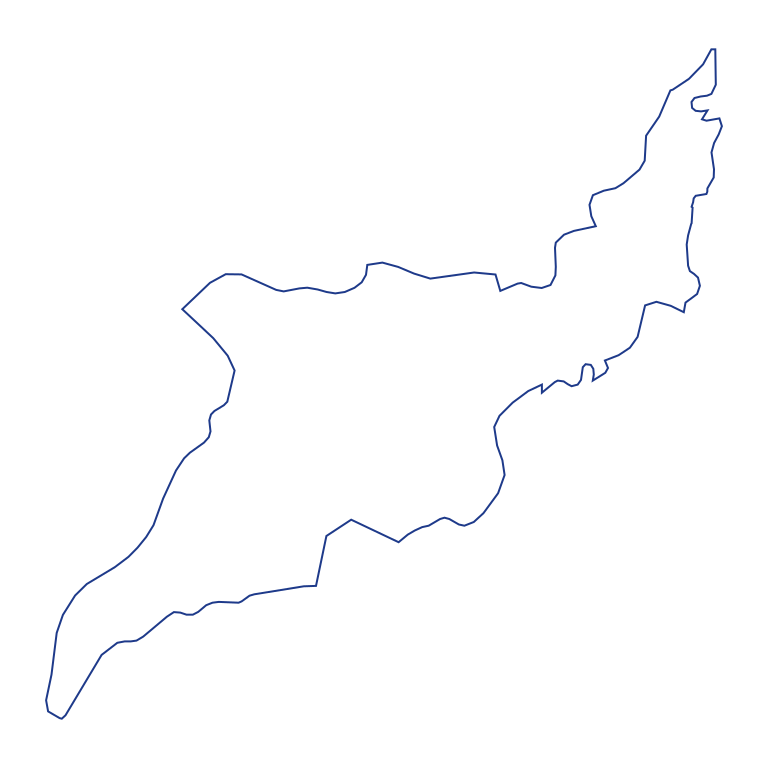 Iloilo, orthographic projection
{"feature_id": "PHL-2529", "entity_name": "Iloilo", "entity_type": "Province", "adm_level": 1, "iso_a3": "PHL", "parent_name": "Philippines", "parent_adm1": "", "projection": "orthographic", "projection_center": [122.71, 11.03], "detail": "fine", "context": "isolated", "style": "outline", "palette": "blue", "viewbox_px": 768, "rotation_deg": 0, "n_neighbors": 0, "source": "natural_earth", "source_scale": "10m", "svg_char_len": 2362}
<svg xmlns="http://www.w3.org/2000/svg" viewBox="0 0 768 768"><path d="M316.0,585.9L303.8,586.3L254.3,594.3L249.5,595.7L241.6,601.4L238.6,602.7L218.8,601.9L212.5,602.7L206.2,605.2L198.2,611.9L192.8,614.7L186.6,614.7L180.3,612.6L173.9,612.1L166.9,616.7L143.2,636.6L136.5,640.6L130.7,641.4L124.7,641.4L117.3,642.8L101.6,654.9L65.5,715.3L61.8,718.7L59.6,718.1L48.1,711.4L46.1,700.3L51.5,674.6L56.7,632.9L62.9,614.9L75.1,595.5L86.8,584.0L114.9,567.1L128.4,556.9L137.5,547.7L146.2,537.0L153.5,525.2L163.1,498.6L176.0,470.5L184.1,458.3L189.9,452.7L204.0,442.6L208.8,437.2L210.5,431.4L209.3,420.4L211.0,414.5L214.4,411.0L223.9,405.2L227.3,401.7L234.6,370.5L227.7,355.7L213.2,338.1L182.3,309.2L210.0,282.8L225.7,274.2L241.5,274.4L276.2,289.9L283.7,291.4L299.4,288.4L307.3,287.7L317.7,289.5L326.6,292.0L335.3,293.4L344.8,292.0L354.5,287.8L361.7,282.3L366.0,274.8L367.3,264.9L382.4,262.6L398.1,266.9L414.1,273.6L430.3,278.6L474.1,272.5L495.5,274.5L500.3,290.9L517.6,283.6L521.2,283.0L531.3,286.7L541.7,288.0L550.5,285.0L555.4,275.4L555.8,266.9L555.0,247.8L555.8,242.6L564.0,234.7L573.9,230.9L595.8,226.2L591.3,216.2L589.5,204.8L592.9,195.2L603.8,190.7L615.4,188.2L623.5,183.2L639.5,169.6L644.7,160.7L646.1,135.7L659.2,116.6L670.4,90.4L672.7,89.7L689.0,78.8L703.1,64.3L711.4,49.3L715.3,49.3L715.8,84.7L711.4,93.9L707.0,95.7L700.6,96.5L694.5,98.0L691.5,102.0L692.1,107.9L695.6,110.8L701.1,111.4L707.5,110.4L702.0,119.3L706.5,120.7L719.4,118.4L721.9,126.2L718.7,134.4L714.1,143.0L711.5,152.4L714.0,169.3L713.7,177.5L707.4,188.4L707.3,191.7L706.4,194.0L695.7,195.8L693.7,198.4L693.1,202.3L691.6,206.8L692.6,207.6L691.6,223.3L691.2,223.9L688.1,235.4L686.7,244.5L688.1,265.7L689.9,271.1L694.0,273.9L698.0,277.6L699.9,285.8L697.1,294.0L685.5,302.6L683.8,312.2L670.7,305.8L656.4,301.8L645.1,305.4L637.6,336.9L629.9,347.7L618.6,355.2L604.9,360.5L608.0,368.0L605.3,372.8L592.8,380.6L593.8,374.5L593.3,368.8L590.8,364.9L585.6,364.2L582.8,367.2L581.0,379.9L577.7,384.6L571.6,386.2L567.8,384.2L563.7,381.4L557.7,380.6L554.8,382.1L541.9,392.7L541.9,384.6L528.3,391.0L512.7,402.6L499.5,415.8L494.2,427.0L497.1,445.5L502.4,460.3L504.6,475.0L498.1,493.2L483.5,513.1L473.8,522.0L464.4,525.7L458.9,524.5L449.3,519.0L444.5,517.7L440.1,519.0L428.7,525.7L422.2,527.1L414.8,530.5L407.8,534.6L398.6,542.2L351.2,519.7L326.4,536.0L316.0,585.9Z" fill="none" stroke="#1e3a8a" stroke-width="2"/></svg>